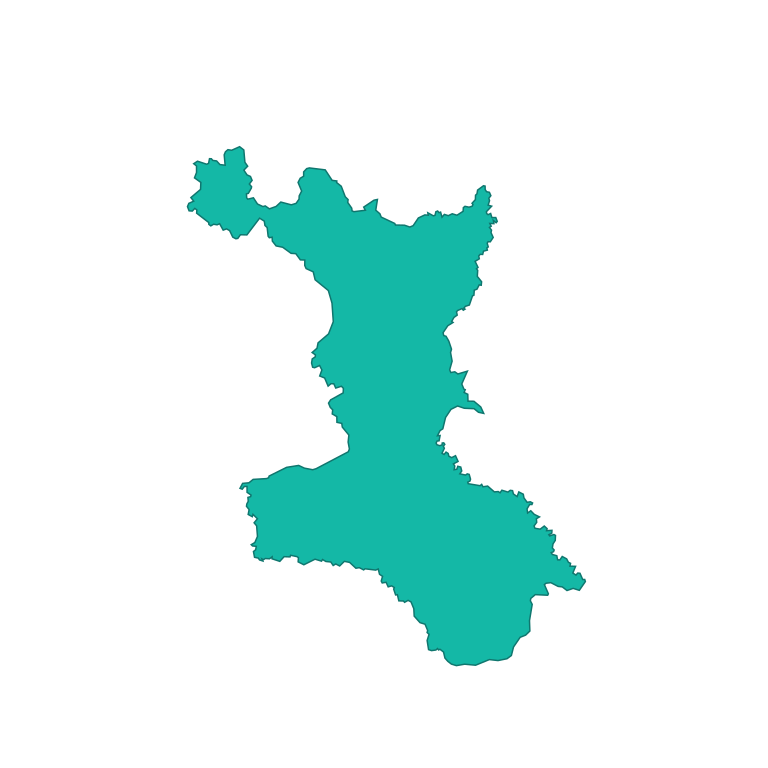 Catalão, Goiás, Brazil, rotated 116°
{"feature_id": "56859067B92835735196425", "entity_name": "Catalão", "entity_type": "district", "adm_level": 2, "iso_a3": "BRA", "parent_name": "Brazil", "parent_adm1": "Goiás", "projection": "albers", "projection_center": [-47.718, -17.979], "detail": "fine", "context": "isolated", "style": "filled", "palette": "teal", "viewbox_px": 768, "rotation_deg": 116, "n_neighbors": 0, "source": "geoboundaries", "source_scale": "gbopen_adm2", "svg_char_len": 6171}
<svg xmlns="http://www.w3.org/2000/svg" viewBox="0 0 768 768"><g transform="rotate(116 384 384)"><path d="M269.4,651.6L270.2,648.1L276.1,645.2L281.8,644.7L283.1,637.0L289.5,634.2L301.1,639.3L303.1,635.2L307.2,638.6L310.7,638.4L313.8,635.1L312.6,632.1L309.1,631.0L309.6,628.5L312.6,627.3L315.7,612.3L317.3,611.4L317.8,609.0L315.1,607.2L314.1,603.8L312.0,602.0L316.2,596.0L313.6,593.5L313.8,590.0L318.3,584.3L318.4,580.8L317.2,579.2L312.8,578.5L310.1,572.6L289.5,568.5L290.1,563.0L293.7,560.5L294.6,557.6L302.0,552.9L302.8,551.2L301.1,548.9L304.5,547.0L307.2,541.5L305.5,535.0L307.3,524.8L305.5,520.4L309.1,513.6L307.3,509.5L312.2,507.2L314.4,504.6L314.2,496.8L320.5,491.6L324.4,475.0L334.1,466.2L350.2,456.9L363.3,455.8L375.9,461.3L381.2,459.9L387.2,462.4L387.9,458.4L389.8,457.7L392.9,459.5L396.9,458.3L400.2,455.5L399.8,453.5L395.6,450.0L398.6,446.0L405.0,445.3L404.6,440.0L410.4,433.3L407.0,431.8L405.8,429.2L408.8,425.6L404.7,421.3L405.7,418.6L409.9,416.8L421.6,425.0L425.5,425.5L428.6,422.0L429.7,418.8L433.6,417.4L434.0,412.1L439.1,409.5L437.9,404.7L441.0,402.6L445.3,393.2L451.9,390.8L457.6,386.6L460.6,386.4L489.9,407.9L492.3,410.5L494.5,418.6L494.6,425.0L501.6,435.0L517.1,446.9L518.8,446.6L520.5,448.1L527.1,459.8L532.0,462.1L535.3,467.5L540.9,467.7L540.7,465.3L537.3,464.6L536.1,462.2L541.4,459.6L542.1,454.8L543.7,454.5L545.6,456.6L548.9,454.6L552.0,454.7L554.2,454.0L556.0,450.2L560.8,448.9L561.0,444.2L558.6,444.6L560.6,438.7L565.7,439.9L567.3,436.3L576.5,430.9L583.1,430.6L586.6,432.9L587.2,431.2L585.9,427.6L589.3,426.7L591.8,427.9L596.5,424.4L595.6,420.7L596.7,418.7L596.2,415.3L594.7,417.0L594.8,415.4L592.9,414.2L591.3,410.3L588.4,408.8L590.2,408.0L589.1,399.9L583.0,398.1L580.6,392.7L578.9,392.9L577.3,386.5L577.6,384.8L581.5,383.2L581.6,376.8L571.7,369.2L570.6,362.5L568.7,362.3L569.0,358.4L567.3,353.8L569.4,350.1L566.9,348.5L567.0,344.1L560.8,341.9L559.4,336.7L561.9,328.5L559.9,325.7L560.0,320.8L558.4,320.0L554.9,309.9L552.8,308.1L557.0,304.6L557.5,301.0L562.3,300.1L563.6,298.4L561.3,295.2L564.5,291.3L562.1,288.7L562.4,285.5L564.1,285.4L568.5,281.1L567.5,279.6L572.4,275.6L570.5,271.3L571.2,269.8L567.9,267.5L568.0,264.2L572.9,258.7L579.4,255.1L582.7,247.0L581.9,241.8L586.4,236.7L588.5,236.3L589.2,233.8L595.6,232.8L603.2,227.5L602.8,224.4L600.3,220.7L598.3,219.9L599.1,218.4L597.9,217.4L598.8,213.0L603.6,209.1L605.3,205.0L606.2,200.7L605.4,195.5L600.5,188.7L596.6,178.4L585.5,168.5L582.6,160.3L577.0,153.0L572.2,150.5L563.6,152.3L552.0,150.6L547.6,146.6L542.1,144.6L532.9,149.5L517.1,154.2L514.7,157.4L512.4,158.1L507.0,155.7L502.1,144.3L500.5,144.3L494.0,151.9L492.0,151.0L489.4,146.9L489.6,138.8L488.2,134.8L489.4,129.0L484.8,124.4L483.8,118.0L473.3,116.4L471.7,117.9L472.6,119.7L468.2,124.9L469.0,127.0L471.6,127.7L471.1,131.4L463.9,131.9L466.2,137.0L463.4,137.7L463.4,140.1L461.1,143.2L460.9,148.2L465.0,148.8L465.9,150.9L462.6,153.4L463.4,157.9L462.3,159.8L460.4,158.1L458.6,158.3L457.6,160.8L453.6,162.0L449.5,161.5L444.9,163.5L444.8,165.3L447.9,168.5L447.2,169.8L444.5,167.8L441.9,168.9L444.6,173.6L442.5,174.0L441.4,177.7L446.0,180.0L447.5,185.1L445.8,186.9L441.4,186.1L438.3,188.0L435.3,186.0L435.3,191.8L433.6,196.5L437.0,198.4L433.5,200.7L428.5,200.3L427.5,198.2L425.8,198.3L425.7,200.8L427.6,203.5L425.0,208.3L422.0,210.5L421.9,215.5L426.8,215.0L426.1,219.5L423.5,221.7L424.2,223.9L426.8,225.2L427.8,231.5L430.9,232.0L430.6,234.2L432.6,237.5L430.3,246.1L433.0,250.0L431.4,252.2L433.3,253.1L436.7,264.6L435.5,265.7L433.6,264.2L431.6,264.5L427.9,267.8L428.3,269.8L430.1,270.8L431.5,276.5L428.1,276.0L425.0,278.6L425.6,281.6L428.7,281.2L430.3,283.4L426.7,284.4L425.4,286.6L421.1,283.5L417.1,288.3L420.5,290.9L420.5,294.0L418.3,295.9L418.0,298.4L421.0,299.1L420.8,301.5L415.3,301.6L413.9,303.4L411.6,302.9L410.7,304.5L411.5,305.8L413.3,305.1L415.0,306.9L415.4,309.8L414.2,311.3L412.0,311.3L410.9,309.6L405.7,311.0L407.1,313.3L401.3,313.2L398.5,311.5L387.1,314.0L377.4,312.7L371.5,308.2L370.6,301.2L366.7,292.2L368.0,286.7L366.7,281.5L362.2,287.0L360.1,295.6L362.6,301.0L356.5,304.2L356.5,308.3L353.5,308.5L353.6,309.9L349.9,314.1L335.9,314.7L342.6,322.0L342.0,325.7L344.4,329.0L342.5,331.2L333.6,332.8L326.5,338.0L323.1,338.6L317.1,344.5L313.9,349.2L314.3,351.5L312.0,353.4L303.6,352.2L298.4,348.9L298.1,350.6L293.5,350.3L290.0,348.4L287.3,350.5L285.6,350.0L282.1,347.0L282.9,345.1L281.2,344.0L280.9,345.5L278.5,344.9L275.6,341.9L266.0,343.1L264.8,342.1L260.1,344.0L258.0,342.0L253.2,341.9L252.6,339.9L249.3,341.1L246.4,347.3L240.8,349.6L239.9,351.4L238.0,350.6L233.8,355.9L229.7,353.2L227.4,355.0L225.3,354.4L224.3,352.1L221.0,352.8L218.4,349.8L216.6,351.2L215.1,350.4L212.2,353.0L210.4,352.8L209.6,350.8L204.4,350.1L201.0,354.2L198.6,354.8L197.0,357.9L195.2,356.8L193.3,359.3L191.7,355.5L189.0,357.5L189.9,353.9L188.2,353.5L185.4,356.5L187.1,360.0L184.0,362.9L186.2,364.7L185.8,366.4L184.3,367.5L177.0,365.2L177.6,368.8L173.0,369.5L171.1,371.2L167.9,370.5L165.5,373.3L166.2,376.1L164.9,378.3L161.8,379.9L162.2,381.5L168.7,384.9L172.3,383.8L174.2,384.5L178.2,382.7L183.0,384.1L183.7,382.7L185.6,382.7L187.8,385.1L188.8,389.1L190.7,390.0L194.1,388.6L200.3,392.4L201.1,397.3L204.5,400.0L205.1,404.1L208.6,405.0L204.7,408.5L205.9,409.7L205.0,411.6L206.4,412.9L210.1,412.1L211.2,413.4L210.9,419.7L212.9,418.2L214.1,421.4L219.7,425.9L228.9,427.2L231.6,429.6L232.3,435.2L236.1,443.4L235.0,444.7L235.2,459.7L232.8,462.3L231.4,467.6L221.0,470.8L223.2,473.6L233.9,479.8L236.0,476.9L242.3,486.6L242.4,488.6L240.1,490.1L236.7,496.2L234.0,497.1L232.7,500.9L225.0,509.1L223.7,514.9L222.2,515.4L223.7,519.9L217.3,530.7L222.5,545.8L224.3,547.9L228.6,549.2L232.5,547.3L235.8,549.5L240.5,549.6L246.7,542.6L252.1,542.7L255.1,541.4L260.2,542.2L263.6,545.9L265.7,556.5L271.7,558.8L276.8,563.8L276.0,568.8L277.6,570.6L277.7,576.6L273.9,583.0L277.6,587.5L276.9,589.0L273.4,591.0L272.1,589.5L266.1,589.1L264.7,589.5L263.3,592.7L258.8,591.8L256.0,595.0L256.1,598.8L253.2,603.7L248.0,602.0L245.7,606.2L235.1,612.6L234.0,617.8L240.7,623.4L241.8,627.0L244.8,628.3L248.1,628.1L257.0,622.7L258.7,627.7L256.9,632.2L258.1,636.0L257.2,637.9L258.0,639.6L262.6,638.4L264.2,639.7L265.5,649.3L269.4,651.6Z" fill="#14b8a6" stroke="#0f766e" stroke-width="1.5"/></g></svg>